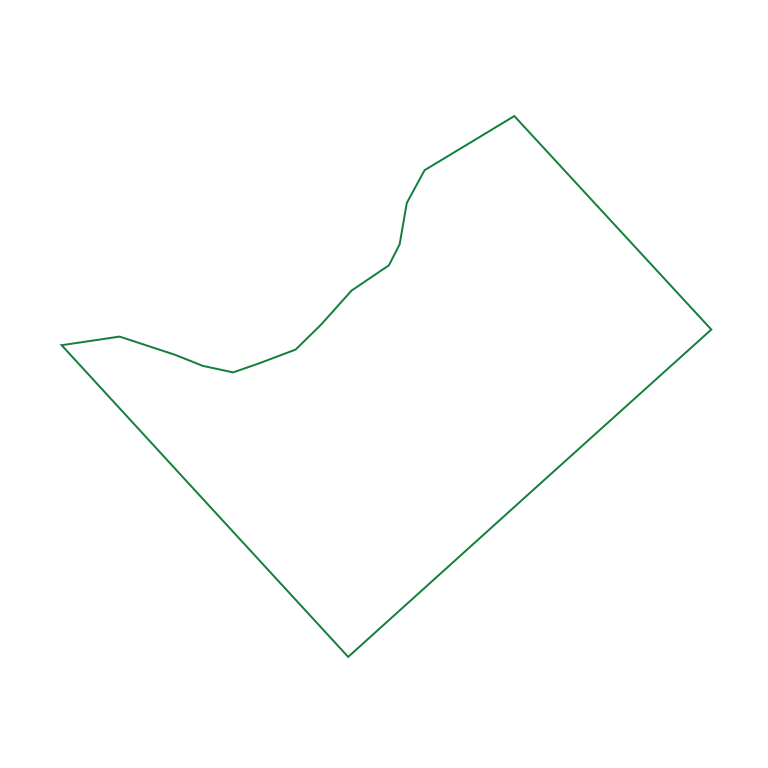 the Federal District of District of Columbia, rotated 93°
{"feature_id": "USA-3556", "entity_name": "District of Columbia", "entity_type": "Federal District", "adm_level": 1, "iso_a3": "USA", "parent_name": "United States of America", "parent_adm1": "", "projection": "orthographic", "projection_center": [-77.033, 38.899], "detail": "fine", "context": "isolated", "style": "outline", "palette": "green", "viewbox_px": 768, "rotation_deg": 93, "n_neighbors": 0, "source": "natural_earth", "source_scale": "10m", "svg_char_len": 416}
<svg xmlns="http://www.w3.org/2000/svg" viewBox="0 0 768 768"><g transform="rotate(93 384 384)"><path d="M362.1,708.0L350.5,650.6L365.8,594.2L375.4,565.9L380.3,535.4L370.8,511.9L354.2,474.0L327.8,449.8L292.4,421.3L265.2,385.3L243.7,375.7L202.0,370.7L168.3,354.6L109.6,267.9L215.7,159.2L312.5,60.0L472.6,220.1L658.4,405.5L504.7,562.5L362.1,708.0L362.1,708.0Z" fill="none" stroke="#15803d" stroke-width="2"/></g></svg>